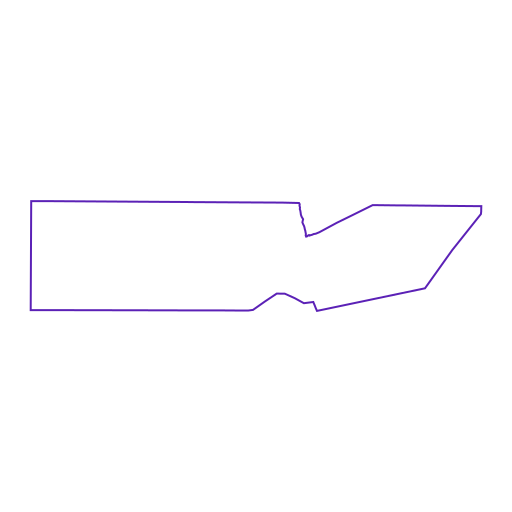 Dongola, Northern, Sudan
{"feature_id": "16777658B3318260280309", "entity_name": "Dongola", "entity_type": "district", "adm_level": 2, "iso_a3": "SDN", "parent_name": "Sudan", "parent_adm1": "Northern", "projection": "robinson", "projection_center": [30.297, 19.219], "detail": "fine", "context": "isolated", "style": "outline", "palette": "violet", "viewbox_px": 512, "rotation_deg": 0, "n_neighbors": 0, "source": "geoboundaries", "source_scale": "gbopen_adm2", "svg_char_len": 1232}
<svg xmlns="http://www.w3.org/2000/svg" viewBox="0 0 512 512"><path d="M481.3,206.1L481.2,206.1L478.1,206.1L473.0,206.1L450.2,205.9L402.2,205.4L398.0,205.4L372.7,205.1L350.9,215.9L336.8,222.8L319.4,232.2L318.2,232.7L315.8,233.7L314.0,234.0L313.4,234.1L313.0,234.4L312.0,234.8L311.2,235.0L310.6,235.2L310.1,235.3L309.5,235.6L309.2,235.5L309.0,235.1L308.5,235.2L307.6,235.9L306.8,236.5L306.1,236.6L305.7,235.5L305.9,234.0L305.5,232.0L305.3,230.8L304.9,229.5L304.6,228.2L304.5,227.6L304.1,226.2L303.0,223.9L302.4,222.4L302.6,221.3L303.1,219.2L301.6,216.7L300.9,214.7L300.6,212.4L300.3,210.6L299.8,209.1L300.0,207.5L299.5,205.7L299.6,204.8L299.7,204.2L299.0,203.0L282.3,202.6L244.5,202.4L193.7,202.1L185.5,202.0L43.5,201.1L37.8,201.1L32.1,201.1L31.9,201.1L31.2,201.1L31.2,201.7L30.7,310.1L31.1,310.1L31.8,310.1L34.9,310.1L93.9,310.2L148.4,310.3L191.6,310.4L219.8,310.4L234.7,310.5L248.5,310.5L253.0,309.9L264.9,301.5L276.7,293.6L284.8,293.7L294.8,298.2L303.9,303.2L313.3,302.0L313.8,303.3L314.5,304.9L314.7,305.4L314.9,305.9L315.7,308.0L317.0,310.9L425.0,288.3L434.2,275.4L446.8,257.7L452.3,250.0L477.3,218.6L480.9,214.1L481.2,211.4L481.2,210.6L481.2,210.0L481.3,206.1L481.3,206.1Z" fill="none" stroke="#5b21b6" stroke-width="2"/></svg>